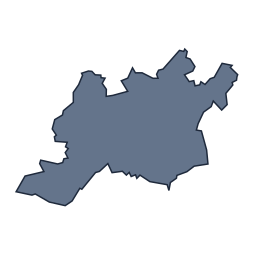 outline of Zhelino, Želino, North Macedonia, rotated 102°
{"feature_id": "65306769B31253280068655", "entity_name": "Zhelino", "entity_type": "district", "adm_level": 2, "iso_a3": "MKD", "parent_name": "North Macedonia", "parent_adm1": "Želino", "projection": "equal_earth", "projection_center": [21.113, 41.927], "detail": "fine", "context": "isolated", "style": "filled", "palette": "slate", "viewbox_px": 256, "rotation_deg": 102, "n_neighbors": 0, "source": "geoboundaries", "source_scale": "gbopen_adm2", "svg_char_len": 1381}
<svg xmlns="http://www.w3.org/2000/svg" viewBox="0 0 256 256"><g transform="rotate(102 128 128)"><path d="M213.6,224.2L213.6,208.0L211.8,205.0L216.8,189.6L217.0,173.3L211.0,167.5L197.0,162.6L197.5,160.4L178.3,150.5L176.4,146.9L167.0,140.3L175.0,134.3L171.5,124.5L174.4,119.8L171.2,117.6L174.8,114.8L172.2,110.9L175.4,108.9L171.6,106.5L175.9,95.5L175.3,77.9L180.6,75.0L172.5,75.2L167.1,70.2L164.2,70.3L158.5,61.3L151.6,55.4L146.6,42.3L133.2,46.5L115.6,55.6L115.8,60.7L109.1,60.3L96.8,57.4L89.8,51.1L83.9,50.2L91.0,40.1L84.5,35.9L73.8,39.5L64.1,34.4L61.8,35.6L58.7,31.8L55.2,32.1L53.0,31.8L47.5,40.5L45.1,39.2L45.2,49.4L60.5,54.2L62.7,57.9L69.4,61.7L67.6,66.3L70.9,66.8L72.8,71.2L68.0,73.5L69.9,77.8L64.2,83.8L58.8,76.5L54.0,75.3L47.6,81.6L47.0,86.0L40.9,86.0L39.0,88.9L41.5,89.4L41.4,93.8L63.1,106.0L65.1,110.1L69.5,111.2L73.1,109.0L74.2,113.9L71.1,125.6L72.5,132.2L68.2,136.1L79.3,138.6L83.2,144.4L92.2,135.9L99.3,149.7L101.6,155.9L94.7,157.2L89.7,162.5L84.0,160.8L84.4,164.8L81.9,165.6L82.8,171.2L80.1,175.1L80.5,178.6L84.1,184.8L85.9,183.4L96.0,185.3L104.6,188.9L114.3,186.8L124.5,194.8L128.9,194.8L135.0,201.4L144.7,201.9L149.9,196.6L151.9,198.2L156.2,196.4L154.6,184.5L159.4,185.2L160.5,182.2L165.1,184.3L169.9,180.5L171.4,184.3L175.4,184.7L177.8,189.3L177.6,206.7L181.2,207.0L188.1,201.2L196.4,218.7L213.6,224.2Z" fill="#64748b" stroke="#1e293b" stroke-width="1.5"/></g></svg>